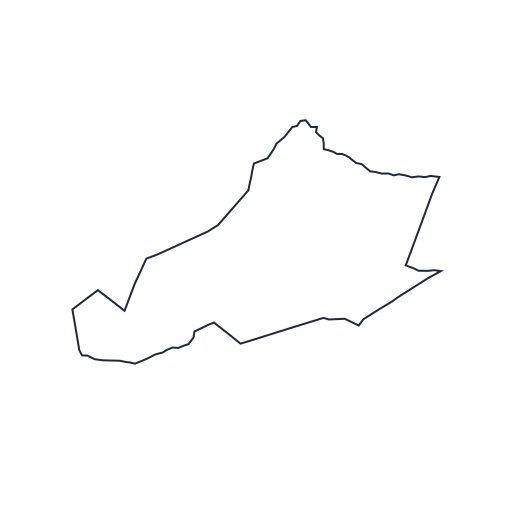 Limoeiro, Pernambuco, Brazil, rotated 246°
{"feature_id": "56859067B67992367076064", "entity_name": "Limoeiro", "entity_type": "district", "adm_level": 2, "iso_a3": "BRA", "parent_name": "Brazil", "parent_adm1": "Pernambuco", "projection": "equal_earth", "projection_center": [-35.441, -7.838], "detail": "fine", "context": "isolated", "style": "outline", "palette": "slate", "viewbox_px": 512, "rotation_deg": 246, "n_neighbors": 0, "source": "geoboundaries", "source_scale": "gbopen_adm2", "svg_char_len": 1377}
<svg xmlns="http://www.w3.org/2000/svg" viewBox="0 0 512 512"><g transform="rotate(246 256 256)"><path d="M182.2,206.2L181.0,216.1L175.6,262.9L174.1,275.2L172.0,292.5L168.3,296.9L162.6,311.5L150.7,321.6L154.5,328.2L157.1,345.5L159.2,362.4L160.7,369.5L163.5,388.5L165.9,404.8L167.0,418.8L170.5,413.1L172.6,406.8L176.5,398.4L180.2,395.4L186.5,389.0L218.9,420.6L241.0,442.0L253.6,455.7L258.1,448.1L259.3,442.6L262.6,436.8L264.5,430.4L268.4,425.9L272.6,419.8L273.6,414.7L277.5,410.6L280.1,404.5L284.4,399.0L286.9,394.7L293.3,391.6L296.8,390.0L300.4,385.2L304.6,383.0L308.2,381.2L311.2,379.0L314.2,376.1L316.3,371.5L319.4,369.3L322.9,365.5L326.1,361.4L331.5,363.7L336.4,365.0L340.7,362.7L344.7,361.2L349.1,364.1L351.5,358.6L355.6,357.8L359.8,356.6L361.3,351.5L358.1,346.2L359.1,341.6L353.4,331.0L350.3,320.4L346.4,315.7L340.6,306.4L341.3,291.7L335.5,287.3L330.2,283.8L324.4,279.5L319.1,275.7L299.7,233.9L298.0,221.9L297.5,166.6L298.2,154.7L290.3,145.8L279.9,133.9L259.4,113.6L277.1,104.2L289.1,97.6L281.9,66.5L271.5,63.9L261.3,61.3L242.1,56.3L235.9,56.6L233.7,61.4L227.4,66.6L223.0,73.6L219.9,80.2L215.7,89.0L212.1,94.0L209.9,97.7L206.9,101.7L206.6,109.3L206.5,114.7L207.0,124.0L205.8,131.4L206.5,136.2L206.3,142.6L203.6,147.6L203.4,153.7L202.9,158.5L207.1,165.9L212.1,169.1L212.5,183.1L212.3,190.5L192.6,200.9L182.2,206.2Z" fill="none" stroke="#1e293b" stroke-width="2"/></g></svg>